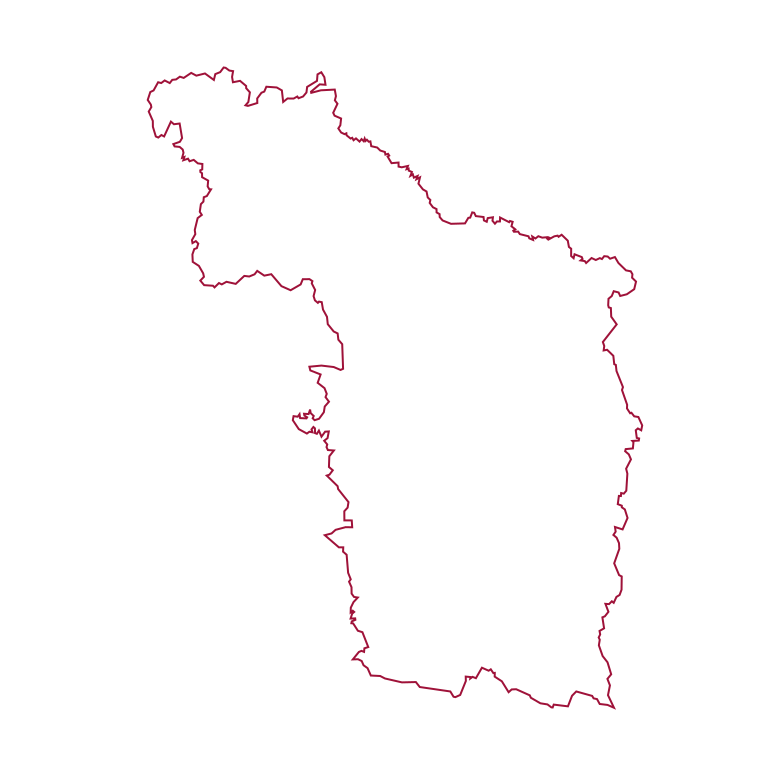 the district of Taungoo, Bago, Myanmar, rotated 189°
{"feature_id": "60261553B53825313002023", "entity_name": "Taungoo", "entity_type": "district", "adm_level": 2, "iso_a3": "MMR", "parent_name": "Myanmar", "parent_adm1": "Bago", "projection": "albers", "projection_center": [96.407, 18.81], "detail": "fine", "context": "isolated", "style": "outline", "palette": "rose", "viewbox_px": 768, "rotation_deg": 189, "n_neighbors": 0, "source": "geoboundaries", "source_scale": "gbopen_adm2", "svg_char_len": 6147}
<svg xmlns="http://www.w3.org/2000/svg" viewBox="0 0 768 768"><g transform="rotate(189 384 384)"><path d="M654.3,646.7L657.5,637.9L660.5,635.8L661.8,627.6L658.0,623.5L657.1,621.1L659.0,616.3L653.5,607.7L652.5,601.9L648.1,592.8L645.5,592.1L642.8,595.1L639.9,594.1L635.5,609.8L632.1,607.7L626.6,609.3L621.9,595.3L623.5,591.3L629.6,588.0L628.0,585.9L622.9,586.2L619.5,584.1L618.2,581.0L618.8,575.8L616.7,577.0L617.2,573.6L612.8,575.9L610.9,573.6L607.0,575.6L602.4,572.8L597.8,572.9L597.1,567.5L598.9,566.3L598.5,564.6L596.7,563.7L596.0,559.8L589.5,557.4L589.1,551.6L587.1,549.1L585.3,549.2L588.4,541.9L591.2,540.3L590.9,535.9L593.0,533.0L592.9,525.3L590.4,522.5L594.0,518.7L595.0,506.5L593.8,502.5L596.2,496.1L595.2,493.2L592.2,495.7L589.4,493.6L590.1,488.9L592.5,487.6L593.5,482.0L592.0,474.7L585.3,471.7L579.9,465.0L578.6,461.7L581.6,457.4L577.1,453.5L568.3,454.3L566.5,452.9L562.8,457.9L559.8,457.0L555.6,460.3L546.1,459.7L538.9,468.9L533.9,469.1L529.0,472.1L526.9,475.9L519.2,472.3L512.5,474.8L500.6,464.6L490.9,462.0L481.9,469.3L480.6,474.8L474.0,475.9L470.8,474.4L471.1,472.1L466.7,466.1L467.3,459.8L465.3,455.8L462.0,453.8L461.1,455.2L458.3,455.1L455.9,448.0L450.8,441.4L448.9,434.3L441.9,428.0L437.7,426.7L436.0,420.6L431.5,416.8L426.8,392.6L429.1,391.1L436.3,392.9L448.7,392.4L460.4,389.4L458.9,385.9L448.1,383.5L449.7,374.8L442.1,370.6L439.0,365.3L439.7,361.9L435.6,357.9L439.0,352.5L439.0,346.7L442.7,339.5L446.9,337.4L449.1,339.0L448.4,341.4L451.9,343.8L453.0,347.2L453.8,342.5L458.3,342.1L457.7,340.4L454.7,339.1L455.2,337.9L461.5,337.2L462.7,341.0L464.1,338.2L468.3,338.1L468.4,334.0L461.1,326.1L452.4,323.0L450.2,325.2L447.0,325.1L448.5,327.8L447.0,330.5L445.3,329.4L444.4,324.7L442.5,324.3L441.0,327.8L437.5,322.2L434.7,327.7L431.1,328.5L431.3,321.7L434.2,318.6L430.6,315.4L430.9,312.7L429.1,310.0L423.1,310.5L426.7,304.1L425.4,293.4L421.1,290.8L423.7,285.9L426.2,284.6L413.8,275.8L412.9,273.1L400.6,261.8L400.6,256.2L403.3,252.1L401.8,243.1L394.5,244.2L393.0,237.5L399.5,236.6L409.0,232.4L412.4,228.2L418.8,225.4L403.0,215.6L398.7,216.3L398.2,212.0L394.2,209.5L389.9,191.9L386.3,185.9L387.6,183.3L384.3,178.2L383.2,171.9L380.3,169.0L376.5,169.0L380.0,163.8L381.8,157.9L381.2,153.2L379.4,155.2L377.8,154.2L379.5,152.2L380.3,147.1L375.8,148.0L375.4,146.6L378.7,144.5L378.8,142.6L377.0,142.7L371.2,136.2L366.5,135.5L358.4,121.7L362.0,119.9L361.8,116.3L364.5,116.9L366.9,115.4L371.7,107.1L366.6,108.1L362.7,106.9L360.2,103.0L355.8,100.8L351.4,94.0L342.1,95.0L337.0,93.3L319.6,92.1L305.9,94.6L301.3,90.3L270.4,90.7L266.4,86.0L264.5,85.9L260.1,88.8L256.7,103.5L257.5,107.8L252.7,108.1L252.7,106.6L250.7,108.6L247.2,107.8L242.9,119.1L235.8,117.2L233.9,118.9L230.8,115.6L229.4,116.0L228.9,112.3L221.1,108.8L212.7,99.1L210.1,102.3L205.7,103.2L191.3,99.3L189.9,97.1L179.6,93.1L172.4,93.1L168.1,90.8L166.8,90.9L166.2,93.9L151.9,94.4L149.5,105.5L146.0,110.4L129.6,108.5L127.8,106.3L124.3,106.1L120.9,101.7L113.0,102.0L106.2,100.2L114.1,111.7L113.7,121.7L117.2,127.7L114.2,132.8L119.7,144.1L125.5,149.5L130.9,159.5L130.9,165.2L132.3,167.2L131.3,170.5L132.5,173.8L128.4,177.1L131.8,187.7L129.5,189.1L126.7,194.1L130.9,201.5L127.3,201.8L125.0,205.0L122.9,203.8L121.1,210.1L118.3,212.5L117.2,218.0L119.1,231.1L121.9,232.0L128.6,242.9L125.8,258.0L127.0,263.6L130.2,268.6L133.8,270.8L132.1,274.4L133.5,278.9L125.6,277.7L122.5,289.8L126.5,297.8L129.8,299.4L130.1,301.0L134.3,301.9L134.5,310.2L132.5,310.4L132.7,313.4L130.0,313.2L128.0,316.5L129.6,333.5L131.6,338.2L128.3,348.2L131.2,352.8L135.3,355.3L135.1,357.5L128.1,359.3L128.5,365.5L129.8,366.6L123.5,368.0L123.5,370.1L125.9,370.3L128.1,377.7L126.3,379.8L122.7,378.5L122.5,383.5L127.6,391.2L131.8,391.2L135.1,394.3L136.3,393.6L140.2,397.9L140.6,401.5L148.0,415.3L147.5,418.3L156.4,433.2L158.0,439.1L159.7,439.6L161.9,447.7L169.0,452.7L172.3,451.5L172.4,456.0L174.4,459.7L163.5,479.3L170.1,486.0L171.8,494.5L174.0,494.8L174.9,496.9L175.6,503.3L172.8,506.5L171.6,511.6L166.6,511.1L164.5,507.9L158.2,510.6L151.7,516.8L151.1,524.6L155.6,527.8L155.8,531.3L157.9,533.9L162.8,534.1L171.4,540.2L175.8,545.5L180.3,543.1L183.0,544.9L186.5,544.7L188.3,541.5L190.5,542.1L194.2,539.6L198.7,540.9L203.3,535.1L204.9,536.8L209.1,536.8L207.5,538.6L208.5,540.3L216.1,541.9L216.4,537.9L219.2,539.7L220.3,546.9L222.8,548.3L224.9,554.3L231.9,559.2L234.6,556.7L235.7,557.7L238.9,556.5L244.3,552.3L245.4,553.0L243.9,554.4L245.1,554.7L250.6,553.3L254.7,554.1L257.2,551.4L260.6,552.9L259.3,549.6L263.3,550.6L264.4,552.5L273.3,553.3L275.3,555.5L279.5,554.7L280.3,555.6L278.5,557.3L282.8,559.7L282.3,564.3L285.1,564.7L285.7,563.4L295.4,566.6L294.9,562.7L297.9,562.2L299.5,559.7L302.4,562.2L302.5,565.7L307.5,564.1L307.9,560.3L310.9,561.2L311.8,564.5L319.6,564.2L321.7,567.2L323.7,567.3L324.9,561.8L326.7,561.3L329.1,555.3L342.9,552.7L351.7,554.7L355.1,557.6L355.7,560.5L358.9,561.7L359.5,565.0L363.3,566.2L367.2,570.0L367.0,573.0L370.0,575.1L372.1,580.8L376.0,582.3L381.3,587.2L380.8,593.7L384.0,591.3L383.4,594.7L386.8,592.5L388.3,595.6L390.4,593.8L389.6,597.8L392.9,598.6L393.4,600.6L395.3,599.7L394.5,603.1L400.4,600.8L403.6,601.0L404.3,605.0L411.1,603.3L416.0,609.2L414.6,610.4L416.0,612.0L418.5,610.8L419.4,613.3L424.2,614.0L427.7,616.5L433.8,616.9L435.4,621.5L437.0,620.9L439.1,622.6L440.2,621.2L441.5,623.4L442.0,620.6L444.5,622.4L446.1,619.6L450.1,622.2L452.2,620.0L453.9,622.2L455.4,621.2L459.9,623.8L460.4,625.7L462.1,624.6L465.7,625.7L469.1,629.3L467.6,632.7L467.9,639.5L474.8,641.3L476.6,643.9L473.8,653.5L476.9,656.5L476.5,660.8L478.7,667.1L492.3,664.2L501.4,660.2L501.8,661.3L494.4,669.9L488.6,670.4L490.9,677.7L494.7,682.1L498.1,679.4L497.6,672.9L506.4,665.4L506.2,659.8L508.9,655.3L513.1,652.9L514.6,654.4L517.9,651.8L524.0,650.9L527.7,646.8L530.8,658.0L536.3,660.1L546.7,659.2L548.0,654.1L550.6,652.5L553.9,646.2L553.1,641.7L561.9,637.4L564.4,637.6L562.1,641.3L562.1,651.1L566.4,654.6L566.8,656.8L573.6,660.9L580.4,658.4L582.1,663.5L582.0,669.4L585.8,669.4L589.9,671.5L591.9,671.5L594.6,666.4L599.1,663.7L599.6,657.7L609.4,662.7L617.6,659.2L623.1,661.1L629.7,655.0L633.7,655.6L637.0,652.3L640.7,651.3L642.7,647.7L648.1,649.5L651.1,646.4L654.3,646.7Z" fill="none" stroke="#9f1239" stroke-width="2"/></g></svg>